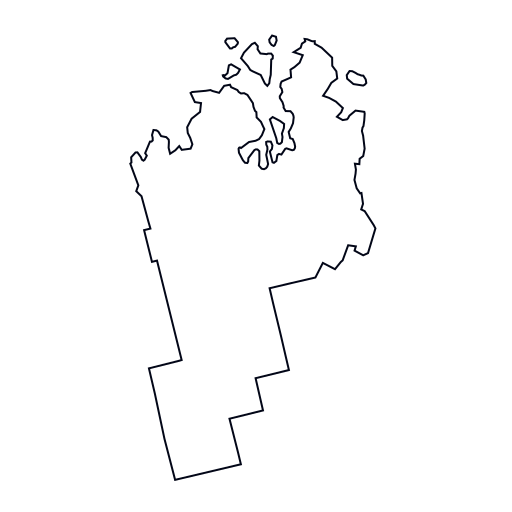 outline of Hancock, Maine, United States of America, rotated 177°
{"feature_id": "52423323B62480653230445", "entity_name": "Hancock", "entity_type": "district", "adm_level": 2, "iso_a3": "USA", "parent_name": "United States of America", "parent_adm1": "Maine", "projection": "orthographic", "projection_center": [-68.461, 44.676], "detail": "fine", "context": "isolated", "style": "outline", "palette": "ink", "viewbox_px": 512, "rotation_deg": 177, "n_neighbors": 0, "source": "geoboundaries", "source_scale": "gbopen_adm2", "svg_char_len": 3982}
<svg xmlns="http://www.w3.org/2000/svg" viewBox="0 0 512 512"><g transform="rotate(177 256 256)"><path d="M348.5,36.7L282.0,48.8L284.2,60.6L291.0,94.9L257.1,101.4L262.8,134.0L229.1,140.4L231.6,154.3L235.3,175.2L236.6,182.2L241.5,208.5L244.1,223.1L221.6,227.2L197.8,231.4L189.6,245.6L177.8,238.7L171.6,245.6L169.7,247.1L163.4,261.9L155.8,260.4L157.3,256.2L148.9,251.1L144.0,253.0L135.3,277.3L136.8,280.6L145.1,295.1L148.5,297.0L146.4,302.5L147.4,313.4L148.7,313.1L151.9,318.3L153.7,326.8L152.3,332.9L151.7,337.1L152.4,343.0L148.0,342.3L147.4,347.7L143.7,350.2L141.9,357.5L142.7,370.1L142.7,370.4L143.7,375.3L143.1,377.8L142.9,378.7L141.9,380.1L140.8,385.8L140.0,392.6L140.3,394.3L149.0,396.0L155.4,391.2L156.9,388.7L158.0,387.7L162.3,387.2L167.9,390.8L165.7,392.9L163.4,395.1L161.5,399.2L168.1,406.0L174.8,410.1L180.6,412.5L175.5,419.2L171.7,425.0L165.6,429.0L166.1,436.2L169.9,441.9L169.6,450.1L179.6,460.6L186.2,464.8L186.1,467.5L188.0,467.4L189.4,467.8L192.7,469.4L193.4,469.7L196.1,470.2L195.6,467.7L199.0,465.7L200.5,461.6L207.7,457.6L198.8,454.1L202.3,446.8L207.6,442.7L211.8,440.3L211.6,432.6L214.9,431.3L221.3,428.9L222.4,426.7L222.9,423.5L221.6,421.5L221.1,418.3L223.9,414.3L223.9,412.4L221.5,408.2L220.5,404.3L220.7,402.8L218.8,399.2L214.0,398.8L211.9,396.1L211.3,394.2L211.1,392.4L212.1,386.6L214.6,381.5L216.9,378.2L215.7,371.8L213.2,370.9L211.7,366.7L211.2,363.2L211.6,361.5L212.7,360.0L214.3,359.7L219.9,361.9L221.2,361.5L225.3,356.0L227.8,356.7L229.4,355.7L230.7,349.8L233.2,348.1L234.6,348.7L236.7,359.6L234.5,362.1L233.8,365.6L235.2,369.4L238.5,369.8L239.9,369.3L239.9,366.6L239.0,364.5L239.0,361.8L240.5,356.5L239.1,347.2L240.1,344.6L241.5,343.1L243.4,342.3L244.8,342.6L245.8,342.9L248.4,346.2L247.6,351.0L247.2,360.5L248.9,362.3L250.5,362.5L252.0,361.9L258.5,354.2L258.9,350.7L259.8,349.3L262.1,349.7L263.9,352.1L264.3,352.8L267.6,360.0L267.8,364.0L267.2,365.0L266.3,365.3L265.3,364.6L257.0,370.2L250.4,371.1L246.8,372.6L243.8,376.3L241.0,382.3L242.3,385.4L244.0,389.7L246.7,392.8L248.1,394.3L248.1,399.7L249.4,401.0L250.7,405.0L251.1,408.8L256.1,417.3L259.3,419.2L262.5,419.1L264.7,420.7L265.9,422.7L272.0,425.9L273.0,428.4L278.9,427.6L284.3,420.9L290.7,423.0L292.8,424.1L297.6,423.6L311.2,423.1L312.8,422.2L309.0,412.9L302.9,411.6L304.1,404.3L304.3,402.8L313.1,396.5L318.0,388.2L317.7,382.4L315.5,377.4L313.7,370.9L314.7,368.7L315.7,366.6L324.6,365.9L326.9,369.8L331.0,365.8L336.4,362.6L337.6,368.6L337.0,374.5L337.1,376.8L339.4,379.4L344.5,380.7L347.0,385.3L348.8,386.7L351.8,387.2L353.5,382.2L353.0,379.4L353.1,376.8L354.4,375.7L355.9,375.8L361.3,364.5L359.8,361.9L362.2,357.9L363.4,357.1L364.9,358.2L365.8,360.8L369.0,365.7L370.9,365.7L375.5,361.1L375.5,355.9L376.7,354.8L369.8,332.7L372.2,327.0L367.2,321.7L361.8,296.6L360.0,288.9L366.4,287.7L365.2,281.4L360.2,255.6L355.1,256.6L335.7,156.0L339.2,155.2L368.8,149.4L364.2,123.8L357.0,78.3L348.5,36.7ZM229.0,452.3L228.7,455.2L230.2,457.3L233.4,457.5L234.7,457.0L241.0,458.0L243.6,462.4L243.2,465.4L246.0,469.0L249.0,467.8L257.4,459.7L260.6,454.3L254.3,446.2L252.0,442.1L249.8,440.7L241.8,436.5L238.1,427.8L235.8,425.3L233.7,427.8L233.0,432.0L231.8,436.1L230.5,451.4L229.0,452.3ZM221.5,382.2L221.0,386.4L225.1,389.7L232.1,393.9L235.0,391.7L229.6,372.6L228.9,367.8L227.2,366.7L225.8,366.9L224.2,368.3L223.3,373.4L223.7,376.9L221.5,382.2ZM136.8,423.0L137.2,426.6L139.4,430.5L141.3,430.7L143.3,431.6L145.0,432.2L147.1,433.7L150.2,435.5L152.9,435.8L155.9,431.9L155.7,428.3L149.7,422.6L140.6,420.7L140.0,420.6L138.4,421.4L136.8,423.0ZM264.3,439.8L262.3,443.1L270.8,448.7L273.1,447.8L274.9,440.1L278.0,437.5L278.7,438.4L279.7,438.2L279.4,437.0L277.1,434.9L274.7,434.3L268.7,437.5L266.2,438.1L264.3,439.8ZM262.9,469.9L262.9,470.5L266.0,474.6L273.5,474.6L275.4,472.3L275.4,471.1L271.1,464.6L269.3,464.5L267.9,465.6L265.9,466.0L263.2,468.9L262.9,469.9ZM224.1,470.1L224.6,473.9L228.4,475.3L231.5,471.4L231.2,468.7L229.4,466.0L227.3,464.8L226.2,465.6L224.1,470.1Z" fill="none" stroke="#020617" stroke-width="2"/></g></svg>